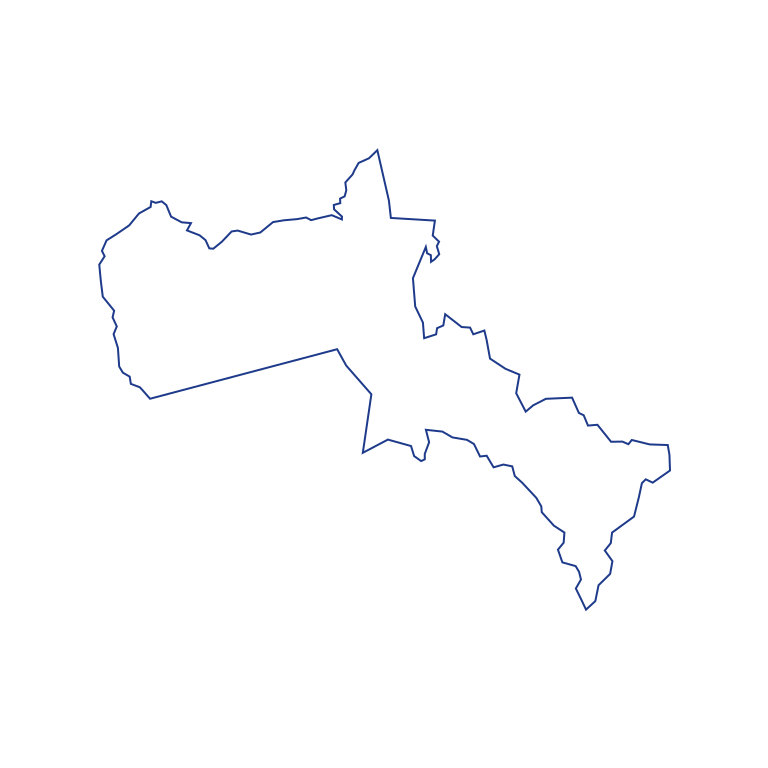 outline of Karauzyak, Karakalpakstan, Uzbekistan, rotated 132°
{"feature_id": "79887680B51354655878923", "entity_name": "Karauzyak", "entity_type": "district", "adm_level": 2, "iso_a3": "UZB", "parent_name": "Uzbekistan", "parent_adm1": "Karakalpakstan", "projection": "equal_earth", "projection_center": [60.083, 42.694], "detail": "fine", "context": "isolated", "style": "outline", "palette": "blue", "viewbox_px": 768, "rotation_deg": 132, "n_neighbors": 0, "source": "geoboundaries", "source_scale": "gbopen_adm2", "svg_char_len": 2031}
<svg xmlns="http://www.w3.org/2000/svg" viewBox="0 0 768 768"><g transform="rotate(132 384 384)"><path d="M416.5,82.9L403.9,81.7L390.0,89.9L373.8,88.9L362.8,95.7L360.0,108.5L350.5,109.0L341.8,115.1L328.5,112.3L315.2,109.5L297.3,119.0L285.1,126.0L279.7,125.7L277.5,118.3L256.9,113.6L245.6,124.5L239.5,132.3L251.1,146.1L259.8,162.4L265.2,162.1L267.3,168.3L275.0,176.6L271.5,198.1L278.4,204.6L273.6,214.7L275.1,219.8L268.3,235.1L286.7,253.8L300.1,258.9L309.7,260.2L302.4,279.6L286.4,289.6L291.4,303.8L294.2,322.2L282.6,337.2L277.1,345.2L287.3,350.9L284.5,357.8L289.7,364.4L291.2,385.2L300.8,379.1L307.0,381.9L312.2,378.5L323.1,384.8L312.3,396.2L305.5,412.7L286.0,433.3L254.2,444.6L258.0,439.4L256.9,435.4L261.7,430.8L257.4,429.8L250.6,429.8L246.2,437.0L241.4,438.3L241.1,447.1L228.5,455.5L256.0,490.0L244.4,503.1L214.7,545.4L226.3,546.2L236.7,550.8L245.2,548.9L249.2,547.6L260.1,547.6L265.3,541.6L270.9,538.8L275.6,540.7L278.9,537.5L284.5,541.1L287.6,538.0L287.7,527.3L289.9,525.4L293.5,535.8L304.8,543.7L311.0,547.8L312.4,553.3L319.5,558.8L329.3,567.9L337.9,574.8L354.2,577.3L361.9,582.8L367.9,595.4L372.6,599.3L386.8,599.7L397.7,601.4L400.1,604.6L396.5,612.9L396.9,620.6L401.7,633.2L393.6,635.1L399.2,642.5L402.1,654.2L396.7,665.5L397.0,671.4L402.1,674.8L403.9,679.2L408.6,675.9L421.2,680.2L436.6,679.5L451.6,683.1L462.9,686.3L473.8,682.7L476.0,677.1L485.8,675.5L496.9,663.4L507.3,651.4L510.1,633.6L516.1,630.3L520.0,621.1L527.9,618.3L535.3,605.8L548.2,592.5L550.3,585.7L548.7,577.9L553.3,572.2L549.8,563.2L550.2,559.0L551.5,548.0L389.5,442.1L395.6,424.4L400.1,386.5L449.3,353.7L422.7,343.9L412.0,322.4L417.4,313.4L416.4,304.8L412.7,303.3L408.7,306.9L397.1,311.5L390.0,322.2L380.3,308.8L377.9,297.4L370.0,285.0L368.4,277.0L373.6,264.1L368.6,259.7L372.6,246.8L364.0,241.4L359.4,233.6L364.9,225.2L364.9,215.4L366.7,194.6L369.7,185.2L373.7,181.0L375.6,163.0L373.7,150.5L381.7,144.3L390.7,143.9L397.2,132.1L391.1,119.7L393.1,113.3L397.5,106.8L407.6,104.6L412.3,92.9L416.5,82.9Z" fill="none" stroke="#1e3a8a" stroke-width="2"/></g></svg>